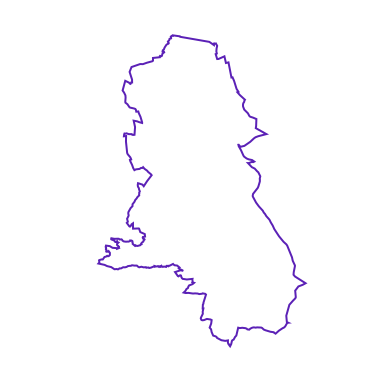 Batos, Mures, Romania (Equal Earth projection), rotated 173°
{"feature_id": "2599482B32614611186609", "entity_name": "Batos", "entity_type": "district", "adm_level": 2, "iso_a3": "ROU", "parent_name": "Romania", "parent_adm1": "Mures", "projection": "equal_earth", "projection_center": [24.65, 46.876], "detail": "fine", "context": "isolated", "style": "outline", "palette": "violet", "viewbox_px": 384, "rotation_deg": 173, "n_neighbors": 0, "source": "geoboundaries", "source_scale": "gbopen_adm2", "svg_char_len": 6067}
<svg xmlns="http://www.w3.org/2000/svg" viewBox="0 0 384 384"><g transform="rotate(173 192 192)"><path d="M244.5,207.3L245.0,205.6L245.0,203.9L244.3,202.4L244.2,200.8L243.7,199.0L244.5,197.8L244.4,197.2L244.8,196.3L244.8,195.1L246.9,193.5L247.7,192.4L249.3,191.0L250.3,189.3L252.5,187.1L252.8,185.2L254.9,183.5L257.5,179.9L257.8,179.0L257.9,178.0L257.7,176.8L258.0,175.9L259.7,173.3L259.3,170.3L260.5,169.3L258.4,165.6L257.8,165.2L257.1,165.6L255.9,167.3L254.4,168.1L255.0,162.8L249.3,162.3L249.0,162.1L248.2,158.5L244.0,156.0L244.0,153.5L246.2,153.3L246.5,152.6L246.3,152.1L245.0,151.0L244.9,150.6L245.9,150.1L245.8,149.7L246.4,148.7L248.0,147.8L248.7,147.0L248.5,146.3L249.4,146.1L249.8,145.5L252.6,145.1L253.6,145.3L254.8,146.1L255.0,145.9L254.7,145.4L255.0,145.3L257.2,147.7L257.0,148.5L257.3,149.2L257.1,150.0L257.2,150.6L258.0,151.2L259.1,151.4L259.1,151.0L260.9,150.5L264.0,150.8L265.8,151.3L266.9,152.2L267.2,153.1L267.7,153.6L269.7,153.7L270.2,154.4L270.7,154.6L274.9,155.0L276.7,155.6L277.2,155.4L277.7,155.8L278.0,155.2L277.7,154.7L275.6,153.6L274.8,152.8L274.2,151.7L273.4,151.6L272.4,152.3L272.2,151.4L271.2,150.8L272.6,149.8L272.8,149.2L272.7,148.2L271.8,147.5L271.8,146.8L271.2,146.5L271.4,145.8L271.2,145.3L273.5,144.7L273.6,145.0L273.3,145.4L277.7,146.3L280.2,148.3L283.9,149.3L284.4,148.0L284.1,147.5L284.1,146.5L284.3,146.3L284.2,145.8L284.4,145.5L284.1,145.1L284.1,144.4L284.4,143.4L283.7,143.0L282.9,143.4L282.3,143.0L281.9,143.4L280.9,141.6L281.2,139.5L282.5,138.5L283.4,138.5L284.0,139.0L285.3,138.3L286.7,138.2L288.8,135.9L290.0,136.1L292.4,135.7L292.6,135.5L292.5,133.4L293.6,132.4L287.6,130.3L285.3,128.8L281.3,127.3L278.4,124.8L275.9,124.7L275.2,124.3L274.4,124.3L273.4,125.0L271.8,124.8L269.5,125.7L267.7,125.4L266.0,125.6L264.8,126.2L263.2,126.3L261.6,126.2L260.5,126.6L257.8,125.9L256.3,125.8L255.6,125.6L254.7,124.5L253.6,123.7L251.4,124.0L249.2,123.1L246.9,123.0L246.6,122.4L244.5,122.4L244.0,122.1L243.8,121.8L242.1,121.9L239.5,122.6L238.7,122.5L238.4,122.7L238.3,123.2L237.6,122.9L237.7,122.4L236.6,122.5L235.6,122.3L234.9,122.6L234.5,122.5L234.0,121.8L233.0,122.2L232.8,121.7L231.7,122.3L231.7,121.6L230.5,121.7L230.0,121.2L229.5,121.4L228.4,121.3L226.9,120.8L226.5,121.6L226.2,121.8L225.7,121.8L224.6,121.1L224.3,121.2L224.1,121.6L223.1,121.6L219.6,122.9L219.3,122.4L218.2,121.4L215.7,120.8L213.6,118.6L214.5,118.0L213.7,117.0L211.5,115.8L210.3,114.8L212.9,115.7L218.6,114.6L216.3,110.3L215.7,109.9L214.3,110.7L213.5,110.7L213.1,110.4L212.9,108.8L212.5,107.7L211.8,106.9L211.0,106.7L207.8,105.8L202.1,105.7L202.3,105.1L202.3,103.1L202.7,102.4L201.0,101.6L202.7,100.5L206.3,99.6L207.1,98.6L207.8,97.1L209.3,96.4L210.6,94.6L212.5,93.2L210.7,92.5L207.8,92.3L203.4,91.1L201.3,91.0L198.7,90.5L197.3,89.8L194.4,89.8L193.8,90.1L191.3,89.3L190.6,88.5L194.1,80.8L194.3,79.7L194.9,79.0L195.6,75.1L194.9,75.0L196.0,71.8L196.1,69.8L198.5,66.1L198.7,65.3L198.2,63.8L197.3,63.4L195.7,63.4L192.7,64.2L189.1,63.2L188.1,62.5L189.0,59.1L191.0,55.2L189.8,53.4L189.6,50.7L188.5,46.9L186.1,45.8L185.3,45.1L184.9,44.1L180.9,41.3L177.2,40.2L174.4,40.3L174.7,38.5L174.6,37.5L174.4,36.7L173.7,36.2L173.8,35.6L173.0,34.2L171.6,36.3L170.5,39.4L169.9,40.0L168.7,40.4L166.9,42.9L165.5,44.1L162.7,51.7L161.1,51.1L158.6,51.1L155.5,50.3L154.4,49.7L153.8,48.9L152.0,48.4L150.7,49.3L148.7,50.0L147.1,50.1L145.3,49.6L143.9,49.7L139.8,49.0L139.0,48.5L137.5,46.7L135.9,45.8L131.1,43.7L128.1,42.9L128.1,42.7L126.3,41.2L122.6,43.8L118.6,45.8L117.5,46.1L116.0,47.1L113.8,50.0L113.1,50.5L112.4,50.5L113.7,51.3L113.5,57.7L109.1,68.2L104.8,72.0L103.0,73.4L102.1,74.3L101.8,75.0L101.6,81.5L97.9,85.3L93.4,86.4L90.4,87.6L100.1,95.6L101.3,97.5L100.8,100.0L98.9,105.8L98.8,106.6L100.4,111.5L100.7,114.9L104.0,127.1L104.7,128.5L107.2,131.4L111.0,137.4L114.8,145.1L116.0,148.9L117.5,152.2L118.5,155.1L121.2,159.0L122.2,161.3L123.3,162.9L124.0,164.8L127.4,169.6L129.7,173.7L132.2,180.1L132.2,180.9L131.6,182.7L126.2,188.1L125.4,189.5L123.4,194.1L123.1,196.0L123.2,196.7L122.3,199.3L123.8,203.5L124.8,204.6L126.9,207.6L129.6,209.4L132.9,213.9L131.8,213.8L129.3,214.5L127.6,214.2L126.5,214.6L128.5,216.4L131.7,217.5L133.7,218.6L135.9,220.7L136.5,221.8L138.3,227.6L140.0,231.6L140.2,233.2L139.9,233.2L138.8,231.5L137.9,231.0L134.4,231.4L128.1,234.7L124.1,237.6L122.3,238.6L119.4,239.3L111.1,240.4L120.9,247.6L120.3,249.7L119.2,256.6L122.4,258.4L125.0,259.6L125.5,260.1L125.9,260.7L126.9,263.3L130.1,267.4L130.9,270.6L130.8,272.2L130.3,273.8L129.3,275.0L128.7,276.6L128.2,277.1L132.7,282.4L134.8,285.5L133.7,285.8L135.2,288.9L136.7,297.2L137.8,300.9L138.9,300.8L140.0,316.2L142.6,315.9L143.3,322.7L149.5,320.8L150.8,320.9L151.7,326.0L150.5,326.4L150.7,328.6L150.1,331.5L149.2,334.0L150.2,336.5L150.8,336.3L151.8,336.8L152.5,336.6L152.2,335.6L152.3,335.1L156.5,338.9L184.6,347.4L185.0,347.6L185.1,348.0L191.8,349.8L191.9,349.3L193.0,349.5L194.1,348.8L193.9,347.3L194.1,347.0L195.6,346.8L196.2,345.3L197.6,344.3L197.5,343.7L197.0,343.0L197.0,342.4L197.5,342.0L198.1,342.0L199.5,341.2L201.6,338.7L202.5,337.0L203.7,336.2L204.1,335.1L202.8,334.7L202.6,334.0L204.4,333.0L205.3,330.8L206.1,330.5L207.1,331.0L207.4,330.7L207.5,329.7L214.4,329.8L214.7,327.1L215.5,326.6L221.0,325.8L225.1,324.9L227.9,325.3L236.8,323.4L239.3,318.8L237.8,310.9L238.1,308.0L239.0,308.1L239.6,307.0L240.1,306.8L241.3,308.3L244.7,310.5L248.5,301.2L247.3,298.9L246.3,296.0L246.4,293.8L247.2,289.8L247.2,288.8L245.4,287.0L243.7,283.7L243.1,283.3L239.2,281.9L238.1,281.3L237.7,280.5L237.5,278.5L235.5,278.5L235.2,276.8L234.0,273.0L233.0,267.2L233.1,266.6L236.0,267.8L237.8,268.8L241.2,269.9L240.6,263.4L242.1,255.8L243.6,255.8L243.9,256.2L244.6,256.3L244.9,256.8L247.6,257.1L249.8,258.2L251.1,258.0L251.7,258.3L251.9,258.3L252.4,257.2L252.8,255.6L250.6,255.6L251.4,250.0L251.6,238.7L251.2,237.3L249.1,234.1L248.6,232.7L248.4,231.7L249.7,231.4L249.5,230.1L248.2,226.3L247.4,222.8L246.5,220.7L244.9,221.3L241.3,221.3L239.6,222.1L238.2,221.9L237.5,222.6L236.3,220.8L233.9,218.6L233.2,217.4L230.5,214.5L230.0,213.6L235.3,208.2L239.2,203.6L240.3,205.4L244.5,207.3Z" fill="none" stroke="#5b21b6" stroke-width="2"/></g></svg>